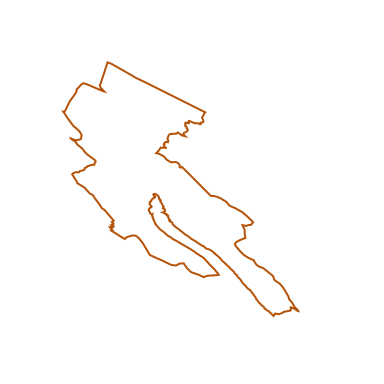 Loabák sme 1, Troms, Norway, rotated 210°
{"feature_id": "86288312B71092207563612", "entity_name": "Loabák sme 1", "entity_type": "district", "adm_level": 2, "iso_a3": "NOR", "parent_name": "Norway", "parent_adm1": "Troms", "projection": "robinson", "projection_center": [17.762, 68.717], "detail": "fine", "context": "isolated", "style": "outline", "palette": "amber", "viewbox_px": 384, "rotation_deg": 210, "n_neighbors": 0, "source": "geoboundaries", "source_scale": "gbopen_adm2", "svg_char_len": 6043}
<svg xmlns="http://www.w3.org/2000/svg" viewBox="0 0 384 384"><g transform="rotate(210 192 192)"><path d="M323.7,177.6L318.3,177.3L314.5,175.6L308.8,174.8L304.7,173.0L302.2,172.3L297.5,171.6L294.0,171.4L291.3,170.8L290.5,169.9L290.8,168.6L290.7,168.1L290.2,166.8L293.0,164.8L294.7,162.7L295.3,162.3L295.5,161.8L295.4,161.2L296.1,160.1L296.7,159.5L296.9,159.1L296.3,157.9L297.0,156.4L299.6,154.0L299.9,152.5L302.7,150.9L303.5,150.0L304.3,148.6L304.6,147.4L297.2,143.5L295.6,142.3L287.5,142.1L279.8,139.6L276.4,139.8L273.8,138.3L266.7,135.3L261.9,132.9L258.6,132.7L245.4,128.0L245.5,127.5L246.3,126.2L245.2,125.7L245.4,125.6L245.1,125.5L245.3,125.4L245.0,125.2L244.4,124.7L244.7,124.4L244.9,124.0L244.0,123.7L243.4,123.7L243.0,123.3L244.2,122.8L243.6,122.7L243.2,122.3L243.6,122.2L243.4,122.1L244.7,121.3L244.7,121.0L244.4,120.8L245.2,120.5L244.7,120.3L244.7,120.0L244.1,119.6L243.3,119.4L242.4,119.5L242.3,119.2L241.6,119.1L241.6,118.9L242.5,118.4L242.6,118.2L226.7,117.6L226.2,119.9L223.1,123.4L220.8,125.2L218.7,126.0L217.2,125.9L214.3,125.2L209.0,123.1L197.1,116.4L190.0,117.0L183.4,117.8L175.5,118.3L173.2,118.6L169.6,120.1L168.8,120.7L167.7,122.7L166.9,123.7L166.0,124.5L163.5,126.0L158.7,123.7L153.5,122.3L152.2,122.2L150.6,122.5L145.9,123.5L143.5,123.8L139.4,124.0L138.0,125.8L136.4,127.4L134.0,129.1L132.5,129.9L127.5,133.6L128.2,133.9L128.9,134.5L129.5,134.8L131.2,135.2L133.9,136.3L137.4,137.1L138.6,137.6L139.7,137.7L142.1,138.6L145.9,139.7L147.0,140.2L149.6,140.8L157.5,141.1L159.8,141.5L165.7,141.8L177.3,141.8L181.4,141.9L184.3,141.7L185.8,141.8L186.8,142.1L189.2,142.2L190.2,142.0L192.5,142.3L196.1,143.1L201.6,143.8L206.9,145.7L206.6,145.9L207.1,145.8L208.4,146.7L208.6,147.0L210.1,147.7L210.8,148.3L211.2,148.4L211.4,149.1L212.3,149.3L211.6,149.5L211.4,149.7L212.2,149.4L212.5,149.6L212.2,149.7L212.5,149.6L213.2,150.0L213.7,151.2L214.6,151.4L215.8,152.5L215.1,152.6L215.2,152.9L215.3,152.7L216.0,152.5L216.8,152.6L216.4,152.9L217.0,152.5L217.3,152.6L218.6,153.6L219.9,154.2L220.5,154.7L220.5,155.4L220.6,155.6L220.7,156.3L220.4,157.2L219.8,158.1L219.6,158.8L219.7,159.1L220.3,159.5L220.8,159.3L221.1,159.3L220.7,159.5L220.8,159.5L221.4,159.4L221.1,159.6L221.6,159.7L222.0,160.1L222.6,160.4L223.1,161.1L223.1,161.4L223.6,162.0L223.4,162.6L222.7,163.5L223.1,164.1L222.8,166.6L222.1,167.4L222.2,168.1L221.7,168.4L221.4,168.9L221.4,169.2L221.7,169.6L223.5,169.9L224.2,170.5L224.2,170.8L224.1,171.1L223.3,171.6L223.1,171.9L220.1,171.9L218.4,171.2L217.3,170.4L217.4,169.9L215.6,169.4L215.4,169.3L215.6,169.1L215.1,169.0L215.3,168.7L214.5,167.9L212.3,166.9L211.5,166.2L210.9,166.0L210.4,165.4L209.4,165.2L209.4,164.8L208.7,164.3L208.5,164.0L209.0,163.6L209.8,163.3L207.6,163.2L207.1,163.3L207.0,163.1L205.9,162.5L205.8,162.3L206.0,162.1L205.9,161.7L206.6,160.2L207.1,159.7L203.8,160.0L203.4,160.0L203.2,159.9L202.8,160.1L202.5,159.9L203.3,159.8L203.6,160.0L203.8,159.8L204.4,159.7L203.6,159.5L201.4,159.6L201.0,159.7L200.6,159.2L201.0,158.9L200.3,158.6L199.7,158.0L199.0,157.6L198.8,157.2L197.0,156.8L196.8,156.3L196.0,156.0L196.0,155.8L196.3,155.5L195.7,155.4L195.9,155.5L194.5,155.8L193.0,155.0L192.5,154.4L191.9,154.1L187.5,153.3L185.7,153.3L177.0,151.9L172.6,151.7L169.5,151.1L163.9,151.1L160.7,150.7L158.3,150.7L157.8,150.6L154.8,150.8L151.8,150.2L151.1,150.2L148.7,150.8L146.8,150.9L143.7,150.6L141.5,150.2L141.4,150.1L141.7,150.0L141.5,149.9L141.4,150.1L136.6,149.2L133.6,148.4L131.5,147.5L128.1,146.9L127.5,146.6L125.8,146.4L124.8,145.9L122.4,145.7L120.6,144.8L117.8,144.3L115.2,143.6L114.6,143.0L112.2,142.4L111.4,142.4L110.8,141.8L109.7,141.2L106.8,140.6L102.4,138.4L98.5,137.5L97.2,136.8L96.1,136.5L94.2,136.1L92.8,136.1L91.8,135.8L89.5,134.7L88.4,134.4L87.2,133.7L84.8,132.8L83.3,131.9L82.9,131.3L80.7,130.7L79.5,129.9L76.7,129.3L75.0,128.6L72.1,128.3L70.9,127.3L69.5,127.4L68.1,126.9L66.5,127.2L59.4,125.5L59.1,128.4L55.7,129.6L53.2,132.5L52.7,134.0L47.4,138.6L47.6,139.5L48.3,140.5L48.8,141.5L46.1,142.0L42.3,142.0L41.2,141.8L40.5,142.0L41.8,142.8L45.4,143.6L47.2,144.5L49.5,146.0L54.4,147.8L56.2,149.7L57.5,150.5L65.3,154.8L70.4,156.5L75.2,156.8L76.2,157.0L77.3,157.4L79.0,159.1L79.9,159.8L92.4,161.7L95.7,161.0L99.0,161.1L100.6,161.6L102.8,162.7L104.6,163.9L106.3,163.5L110.4,163.2L115.5,163.4L120.0,164.5L128.0,167.4L128.9,169.0L128.7,170.7L126.4,174.4L122.8,178.9L125.7,182.5L126.9,184.7L128.2,186.1L131.7,188.5L128.2,189.7L127.3,190.6L126.5,191.8L124.5,192.9L124.2,195.1L123.9,196.2L124.8,196.7L132.4,198.6L138.7,199.7L147.1,199.6L150.0,199.1L153.0,199.0L156.3,200.3L158.0,200.7L164.1,200.8L168.2,200.3L171.6,199.3L173.7,198.0L205.6,206.7L213.3,208.7L213.7,207.8L214.1,207.4L214.9,207.4L215.3,207.5L215.3,208.1L216.0,209.0L217.4,209.7L218.6,210.1L221.0,209.9L221.6,209.6L224.4,207.5L225.4,207.3L227.2,207.2L230.2,207.4L231.4,207.6L232.4,208.3L233.7,208.7L235.1,208.7L239.3,208.6L242.4,207.8L241.7,210.3L241.2,214.9L236.8,217.1L237.1,217.4L238.3,217.4L239.0,217.7L240.1,218.9L239.7,219.5L240.4,220.0L240.5,220.4L240.1,221.9L237.7,223.2L238.1,223.9L238.1,224.5L238.5,224.6L238.7,225.1L239.9,225.9L240.2,226.6L240.2,227.6L240.6,229.6L240.1,231.0L239.5,231.6L234.5,234.9L234.1,236.5L229.1,236.0L225.8,236.9L228.4,237.6L228.5,239.2L226.9,241.5L226.4,243.2L227.0,244.0L228.6,244.6L228.8,245.4L231.2,246.0L231.3,247.2L232.0,247.7L232.3,248.1L232.2,248.7L231.6,249.1L229.1,250.1L229.3,250.5L230.4,251.3L230.2,252.1L229.6,252.3L226.2,252.6L223.7,253.1L222.1,254.1L220.9,254.5L218.7,254.8L218.4,255.1L218.6,255.6L219.1,256.0L219.2,256.3L217.6,257.6L217.3,258.8L218.3,259.9L220.3,261.3L220.6,261.8L220.4,264.0L220.7,265.8L220.4,267.6L286.4,263.7L298.9,262.7L301.0,262.9L325.8,262.7L330.0,262.0L327.8,252.0L325.3,239.8L325.3,238.5L324.4,237.5L323.0,236.5L318.3,235.2L319.8,234.8L337.2,232.7L340.7,231.8L342.0,228.5L342.2,226.6L343.2,223.1L342.5,221.5L342.1,220.4L343.2,209.1L342.4,197.5L343.5,197.2L336.3,193.6L329.4,190.6L327.5,189.8L324.2,189.3L319.8,188.3L316.0,186.1L314.9,183.1L314.9,182.0L315.6,181.2L316.6,180.4L317.7,179.1L320.8,178.2L323.9,177.8L323.7,177.6Z" fill="none" stroke="#b45309" stroke-width="2"/></g></svg>